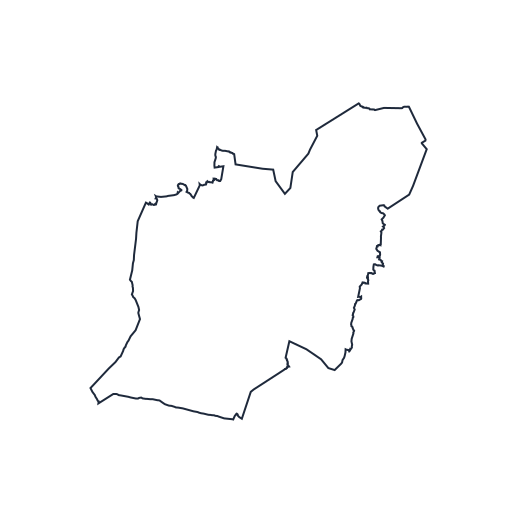 Gran nor, Oppland, Norway (Mercator projection), rotated 291°
{"feature_id": "86288312B61542642146209", "entity_name": "Gran nor", "entity_type": "district", "adm_level": 2, "iso_a3": "NOR", "parent_name": "Norway", "parent_adm1": "Oppland", "projection": "mercator", "projection_center": [10.546, 60.438], "detail": "fine", "context": "isolated", "style": "outline", "palette": "slate", "viewbox_px": 512, "rotation_deg": 291, "n_neighbors": 0, "source": "geoboundaries", "source_scale": "gbopen_adm2", "svg_char_len": 6095}
<svg xmlns="http://www.w3.org/2000/svg" viewBox="0 0 512 512"><g transform="rotate(291 256 256)"><path d="M343.6,180.7L341.3,181.1L340.0,180.9L336.5,181.5L335.1,182.1L334.0,183.1L332.6,183.4L328.7,183.6L325.4,184.8L323.7,185.7L325.5,188.9L325.8,188.8L326.6,189.1L326.3,190.2L328.1,193.4L315.3,196.0L313.2,195.7L312.8,194.9L312.8,194.3L313.0,193.8L313.2,193.7L312.8,192.6L312.9,192.4L313.0,192.1L313.6,191.3L313.4,190.9L313.5,190.8L313.4,190.4L313.5,190.1L313.1,189.5L313.3,189.2L313.1,188.7L312.8,188.9L312.5,189.7L312.1,189.8L311.8,189.7L311.5,189.0L311.1,188.8L310.5,189.0L308.9,189.1L308.8,187.7L308.3,186.6L308.4,185.5L308.0,185.1L308.0,184.4L308.3,183.8L306.9,183.5L306.9,183.2L306.6,183.2L306.6,183.6L304.8,183.7L303.9,182.0L303.4,181.7L302.6,180.5L302.6,178.5L303.0,177.6L301.9,178.2L287.9,177.1L288.0,176.3L288.5,175.4L288.8,174.5L289.5,173.7L290.4,172.4L290.5,171.5L290.9,171.0L290.8,169.6L291.0,168.2L291.9,168.4L293.9,167.9L296.4,165.5L296.9,164.6L296.6,164.2L296.7,163.9L297.0,162.2L296.9,161.0L296.7,160.7L296.7,159.8L296.4,159.5L296.5,159.1L295.5,158.6L295.4,158.0L294.0,157.7L293.4,158.0L292.8,158.5L292.6,159.0L291.6,159.4L291.4,159.8L291.4,160.7L290.9,162.7L290.5,162.8L289.5,161.8L286.7,160.7L287.0,160.2L285.9,160.4L284.9,159.6L283.4,157.6L280.6,152.4L279.6,151.1L277.1,146.1L275.9,141.5L276.0,141.0L275.1,141.8L273.8,141.7L273.9,142.1L273.6,143.2L272.6,143.9L269.9,144.0L269.0,143.5L268.9,144.1L268.3,144.2L267.0,142.3L267.1,140.5L266.3,139.7L266.9,138.7L267.3,138.7L267.9,138.1L267.9,137.7L265.6,137.4L266.3,134.9L266.4,134.1L246.1,133.1L234.9,136.0L228.9,137.9L213.2,141.8L208.4,143.4L205.2,143.7L198.2,145.6L188.7,146.8L187.7,148.4L187.4,149.3L184.5,151.3L183.2,151.7L182.2,152.5L179.2,153.8L175.6,153.9L174.9,154.9L173.7,156.0L173.0,157.9L171.7,159.5L166.3,164.5L163.7,166.2L161.1,166.4L160.4,166.7L155.5,170.3L143.5,170.2L136.1,167.7L131.3,167.3L129.6,166.8L125.9,166.5L124.6,166.7L123.7,166.4L123.6,166.2L121.4,165.8L119.9,166.0L113.7,165.6L112.2,164.4L106.6,162.8L98.3,158.9L73.4,148.8L70.5,152.0L68.3,155.5L67.2,156.4L65.2,159.1L64.4,159.8L63.9,160.6L63.9,161.2L61.9,161.7L76.0,172.2L77.0,174.7L77.2,175.5L77.1,176.9L76.9,177.6L77.4,179.8L78.8,187.3L79.0,189.6L79.9,195.0L80.6,196.9L81.6,197.7L82.6,199.4L82.7,199.7L82.4,201.1L83.1,204.2L83.7,205.9L83.7,206.0L84.3,208.2L85.3,211.0L86.0,215.5L86.5,217.3L86.5,218.0L85.7,221.0L85.0,224.0L85.1,228.3L85.8,230.8L86.0,234.2L85.9,235.4L86.6,237.8L87.5,242.2L88.6,253.3L89.3,256.9L89.4,258.1L89.3,258.5L89.5,261.0L90.1,263.6L90.7,268.5L91.3,270.3L91.6,271.9L92.3,274.1L92.2,275.2L92.8,277.5L92.7,278.3L93.0,284.5L95.1,292.3L95.2,293.3L99.0,293.5L101.5,294.2L101.9,294.4L101.9,294.7L101.5,295.7L100.6,296.0L99.6,298.1L99.0,301.1L127.3,299.8L130.6,301.7L158.6,322.1L160.3,323.3L160.8,323.4L161.2,324.3L162.4,325.0L162.8,324.6L163.4,324.7L164.6,326.5L165.5,325.2L165.7,324.3L166.8,324.3L167.2,323.8L167.6,324.0L168.9,323.3L169.4,322.5L169.9,322.4L170.1,322.0L170.7,321.8L170.9,321.2L171.3,321.0L171.6,320.1L188.4,317.7L187.0,336.5L182.9,353.8L177.3,363.7L177.7,370.3L186.0,374.1L187.4,374.5L189.9,374.1L192.5,374.7L194.4,374.6L197.9,374.1L201.0,373.1L200.9,374.0L201.1,374.5L201.1,375.1L201.4,376.4L201.4,376.8L200.8,376.8L200.4,377.2L200.8,377.4L201.8,377.2L201.8,377.6L202.6,377.7L203.2,377.4L203.3,377.8L203.7,378.1L205.0,378.3L206.0,377.8L207.6,377.6L210.5,375.7L213.0,375.0L218.6,374.7L219.2,374.3L221.4,374.4L221.5,374.3L221.4,373.9L222.0,373.4L223.3,372.1L224.1,371.7L224.8,370.1L225.6,369.9L226.2,369.3L227.8,368.9L231.8,368.8L233.0,368.5L233.7,368.8L234.6,368.5L235.1,367.6L235.4,367.4L236.1,367.5L237.5,367.1L237.8,367.3L241.4,367.3L242.7,366.0L245.1,366.1L246.7,365.7L247.1,366.1L250.8,366.2L251.3,366.7L251.5,367.8L252.8,368.8L253.4,369.4L253.9,369.5L255.8,368.7L255.1,368.2L254.8,366.5L254.5,366.0L263.1,364.6L264.6,363.8L267.3,364.9L268.8,364.9L269.4,365.9L269.7,365.6L270.0,366.8L269.9,368.4L269.7,368.4L270.4,370.6L272.8,369.5L273.4,369.6L274.0,369.3L275.5,367.4L276.6,367.2L276.5,368.0L277.7,367.4L280.3,367.0L280.5,367.7L281.0,368.3L281.0,369.0L281.4,369.5L281.5,370.3L281.1,370.9L281.2,371.6L281.5,372.2L281.9,372.2L282.5,372.7L282.7,373.1L284.8,371.9L284.8,371.3L285.3,370.4L287.9,369.5L290.4,369.0L290.7,369.4L291.0,370.4L290.7,371.4L290.8,373.3L291.2,373.5L291.9,376.3L292.0,377.5L291.9,378.9L292.3,378.9L292.4,378.0L292.6,377.7L293.1,377.4L294.0,377.5L294.5,377.3L295.1,375.7L296.3,375.6L296.3,375.4L296.1,374.9L297.0,373.8L296.9,372.2L298.5,372.1L298.6,370.7L298.3,369.8L299.4,369.7L300.0,370.9L300.6,371.6L301.2,371.3L301.7,371.4L303.9,370.4L304.1,369.6L304.0,369.2L304.2,368.8L304.4,367.6L305.8,365.7L308.0,365.5L308.3,365.9L308.8,365.5L309.7,366.6L310.1,366.4L310.7,367.6L310.7,368.2L311.3,367.9L311.6,368.3L317.7,366.2L319.1,365.6L322.8,364.7L323.7,363.7L324.6,364.3L325.6,364.3L325.6,364.5L325.9,364.9L328.0,365.6L328.6,365.0L329.0,364.0L330.7,365.1L331.3,365.1L331.6,363.6L332.0,362.6L334.1,361.4L335.2,360.2L337.4,361.2L340.2,361.7L340.8,360.9L341.4,359.3L341.4,359.0L341.1,357.9L341.2,357.1L341.4,356.2L342.1,355.8L342.4,354.5L343.2,353.6L344.5,352.8L345.3,352.7L345.9,352.8L347.3,353.5L349.2,357.0L349.2,357.6L348.4,358.2L347.4,362.0L368.2,377.0L377.7,377.5L416.9,377.1L420.6,370.4L421.1,370.2L424.4,372.8L425.6,372.5L437.3,358.9L450.1,345.3L449.9,344.9L450.0,344.4L449.5,343.7L448.5,340.9L447.5,339.9L446.5,339.5L446.2,339.1L440.1,322.4L434.9,314.9L434.8,314.5L435.1,313.7L434.8,312.8L434.6,312.5L434.6,312.1L434.4,311.7L433.7,309.6L434.3,308.9L434.3,308.2L433.8,306.7L434.1,306.1L433.4,304.8L433.4,304.0L433.0,303.1L433.0,302.7L433.1,302.3L433.6,302.2L433.6,301.9L433.5,300.7L433.5,299.7L435.1,297.9L435.3,297.2L395.2,267.0L390.2,270.1L374.7,268.3L370.3,268.2L347.6,260.2L331.8,263.7L324.4,260.7L332.9,247.5L342.8,241.1L339.8,230.8L334.2,204.1L343.3,199.1L343.4,198.3L343.2,197.8L343.7,197.0L343.5,196.0L343.7,195.4L343.4,195.1L343.4,194.5L343.7,194.2L343.6,193.8L344.0,193.2L343.6,192.3L343.1,189.3L342.2,186.9L342.2,184.8L342.3,184.4L342.0,184.1L342.0,183.5L342.3,183.0L342.7,182.7L343.2,181.3L343.6,181.1L343.5,180.9L343.6,180.7Z" fill="none" stroke="#1e293b" stroke-width="2"/></g></svg>